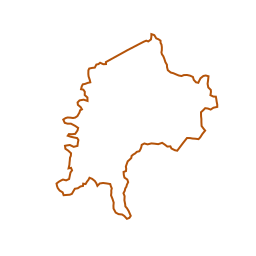 Redenção da Serra, São Paulo, Brazil, rotated 124°
{"feature_id": "56859067B72964394326652", "entity_name": "Redenção da Serra", "entity_type": "district", "adm_level": 2, "iso_a3": "BRA", "parent_name": "Brazil", "parent_adm1": "São Paulo", "projection": "albers", "projection_center": [-45.504, -23.25], "detail": "fine", "context": "isolated", "style": "outline", "palette": "amber", "viewbox_px": 256, "rotation_deg": 124, "n_neighbors": 0, "source": "geoboundaries", "source_scale": "gbopen_adm2", "svg_char_len": 2882}
<svg xmlns="http://www.w3.org/2000/svg" viewBox="0 0 256 256"><g transform="rotate(124 128 128)"><path d="M40.1,90.2L41.0,92.9L42.7,94.6L46.2,95.7L48.7,95.4L51.2,95.0L52.1,97.2L51.3,100.4L49.4,102.7L49.9,105.8L51.0,108.6L52.8,111.2L55.0,112.7L56.1,115.3L56.7,118.3L57.2,121.0L58.1,123.6L57.8,127.3L55.7,129.7L53.8,131.1L52.5,133.8L50.3,136.6L48.8,138.8L47.9,141.1L46.6,142.6L44.7,143.4L42.1,145.1L40.2,146.8L39.2,148.6L37.4,149.9L37.4,152.4L37.9,154.7L36.3,158.1L37.1,161.1L39.4,159.6L41.8,158.5L44.9,159.6L45.4,161.7L47.5,163.1L50.4,164.7L64.2,172.2L66.6,173.4L85.7,183.2L87.3,182.0L88.9,184.1L89.5,187.6L91.5,188.2L93.1,189.7L96.5,189.3L98.3,191.4L100.4,193.4L102.3,193.1L105.4,191.1L107.3,189.5L109.5,186.6L111.2,184.8L113.1,186.6L115.4,188.2L117.1,189.9L119.4,189.6L122.1,188.6L121.2,186.5L122.1,184.1L124.9,182.3L125.4,178.7L128.2,176.7L129.3,180.6L132.2,183.6L135.0,184.1L136.8,182.5L137.2,178.8L138.3,176.6L140.1,177.6L142.3,176.9L146.4,176.6L148.9,177.6L150.5,179.2L151.6,181.5L153.1,184.0L154.7,185.3L157.2,186.4L159.1,183.3L158.2,180.5L156.3,177.7L155.8,173.1L155.8,169.4L158.2,168.5L162.4,168.5L164.6,171.1L166.1,173.6L168.1,173.6L167.3,170.7L166.1,167.6L164.8,164.5L165.7,162.4L168.3,161.3L171.1,159.9L174.0,162.5L174.6,166.7L176.4,168.7L178.0,170.3L180.2,168.3L180.2,165.0L180.8,161.1L183.1,159.8L185.0,159.5L187.1,158.3L189.4,157.1L191.3,156.0L194.7,154.7L192.9,153.0L194.4,150.7L197.0,150.8L199.8,149.7L203.2,148.3L206.0,150.0L207.1,153.1L209.2,154.3L211.0,155.2L214.0,156.2L215.8,154.4L217.1,152.6L218.1,149.6L217.9,146.2L219.7,143.8L217.7,141.3L215.9,139.0L214.0,137.7L211.3,137.9L208.1,138.1L206.0,135.9L203.0,134.7L201.2,132.9L199.2,134.0L198.2,131.8L195.5,132.0L193.0,131.8L190.8,132.1L190.2,129.3L190.5,125.8L191.6,123.2L193.1,121.0L189.8,120.4L187.5,117.9L185.9,114.7L184.4,111.4L185.9,109.6L187.1,107.7L189.2,106.9L191.0,105.6L193.3,104.4L195.6,101.0L197.9,98.1L200.6,96.6L202.9,94.9L205.0,90.9L204.7,87.7L203.0,84.5L203.0,81.9L203.9,78.1L201.7,76.6L199.3,76.6L197.9,78.8L196.5,81.0L195.1,84.0L194.5,86.3L192.7,87.8L189.9,90.6L186.4,92.7L184.6,95.3L181.8,95.6L179.6,96.5L177.6,96.5L175.7,97.2L172.8,97.6L171.1,99.8L171.1,103.2L169.3,105.2L166.9,107.1L164.8,105.6L162.8,106.7L161.2,108.2L159.0,108.8L155.8,109.6L153.5,109.0L151.1,108.5L149.1,109.4L147.1,108.8L145.0,107.8L142.9,107.4L140.9,105.6L138.5,105.8L136.4,106.3L134.3,107.2L131.7,105.8L130.6,102.6L127.7,100.0L126.2,97.3L124.5,93.9L121.2,91.4L121.2,88.1L121.4,85.0L119.5,82.6L120.7,80.5L120.2,76.7L119.3,74.5L109.9,74.0L103.3,73.5L101.7,71.0L100.6,68.5L99.3,66.3L97.8,63.3L95.4,62.9L91.2,63.0L87.0,62.6L86.3,65.0L85.2,68.1L82.0,70.5L79.5,72.2L77.4,74.0L74.1,76.3L71.2,75.6L68.4,75.1L67.2,72.7L66.5,69.8L63.4,68.5L60.6,65.8L58.7,67.1L56.4,69.4L54.5,71.1L52.9,72.7L54.2,74.8L54.7,78.0L51.7,79.4L50.1,80.7L49.5,84.1L46.9,86.7L42.7,88.8L40.1,90.2Z" fill="none" stroke="#b45309" stroke-width="2"/></g></svg>